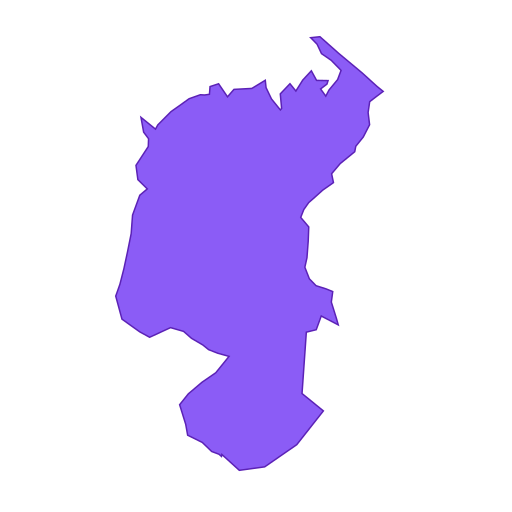 outline of Makounta, Paphos, Cyprus, rotated 84°
{"feature_id": "46923920B29039462994736", "entity_name": "Makounta", "entity_type": "district", "adm_level": 2, "iso_a3": "CYP", "parent_name": "Cyprus", "parent_adm1": "Paphos", "projection": "orthographic", "projection_center": [32.481, 35.053], "detail": "fine", "context": "isolated", "style": "filled", "palette": "violet", "viewbox_px": 512, "rotation_deg": 84, "n_neighbors": 0, "source": "geoboundaries", "source_scale": "gbopen_adm2", "svg_char_len": 1481}
<svg xmlns="http://www.w3.org/2000/svg" viewBox="0 0 512 512"><g transform="rotate(84 256 256)"><path d="M105.6,112.3L99.9,118.0L84.9,131.4L63.3,152.4L44.6,169.5L44.6,170.7L44.6,178.8L51.8,173.1L61.6,169.7L69.2,160.8L80.3,152.0L89.1,156.4L98.5,166.0L104.3,169.9L96.6,174.3L92.5,167.5L89.1,166.0L87.7,177.4L77.6,181.6L85.9,191.1L96.1,199.1L88.2,204.2L97.3,214.9L111.9,215.1L113.3,216.5L101.4,224.2L89.6,228.4L82.2,228.4L88.9,242.6L88.0,260.5L94.7,267.7L80.8,275.2L82.7,284.0L90.3,285.4L90.5,290.3L89.8,294.5L92.6,306.1L99.1,317.5L103.5,325.4L115.3,339.9L119.3,342.7L106.1,355.9L121.1,354.8L128.1,350.6L135.9,351.7L153.3,365.9L167.7,365.5L177.9,357.1L183.4,365.2L202.4,374.5L220.7,377.8L238.6,383.4L254.8,388.7L269.9,394.3L278.1,398.2L281.2,399.7L304.8,395.9L319.4,379.4L325.7,370.3L318.3,348.5L323.4,335.9L331.2,328.7L338.9,318.2L344.2,312.9L348.8,304.0L353.0,293.3L367.9,308.2L375.9,322.9L386.0,337.7L395.9,347.5L416.0,343.5L427.1,342.7L435.8,328.9L445.8,320.5L449.3,313.5L451.7,311.3L449.8,310.7L467.4,295.0L466.6,269.4L447.9,235.2L417.1,205.2L397.6,224.6L337.0,213.9L335.6,203.8L322.5,197.4L333.1,181.4L326.7,182.5L309.7,185.9L299.4,183.4L296.0,189.8L291.8,199.4L284.3,205.3L272.3,208.6L263.1,205.5L246.6,202.5L232.6,200.5L222.3,207.5L214.8,203.6L208.4,198.0L203.6,191.2L197.5,182.8L191.1,171.3L182.1,172.2L172.9,162.6L162.6,146.9L157.3,145.3L148.9,136.9L137.3,129.3L125.0,129.5L114.4,126.8L110.1,119.8L105.6,112.3Z" fill="#8b5cf6" stroke="#5b21b6" stroke-width="1.5"/></g></svg>